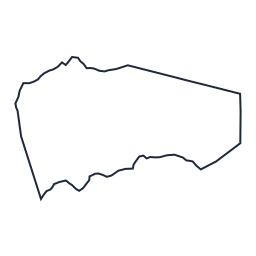 the district of Serrinha, Rio Grande do Norte, Brazil
{"feature_id": "56859067B56101183977700", "entity_name": "Serrinha", "entity_type": "district", "adm_level": 2, "iso_a3": "BRA", "parent_name": "Brazil", "parent_adm1": "Rio Grande do Norte", "projection": "orthographic", "projection_center": [-35.59, -6.26], "detail": "fine", "context": "isolated", "style": "outline", "palette": "slate", "viewbox_px": 256, "rotation_deg": 0, "n_neighbors": 0, "source": "geoboundaries", "source_scale": "gbopen_adm2", "svg_char_len": 998}
<svg xmlns="http://www.w3.org/2000/svg" viewBox="0 0 256 256"><path d="M23.4,83.1L19.7,90.6L18.4,96.9L15.4,103.5L16.1,107.3L17.6,110.9L21.1,136.4L41.0,199.0L43.3,195.3L46.5,191.1L50.4,189.5L52.5,187.0L54.1,184.1L59.3,182.0L65.9,180.5L68.8,182.9L72.2,185.2L75.9,188.9L79.1,190.8L82.9,188.3L85.7,184.7L89.2,180.2L89.6,176.4L95.1,173.8L98.4,173.5L103.0,175.0L106.8,176.8L111.3,175.6L118.4,170.7L125.4,168.9L132.8,168.6L133.7,164.4L136.0,161.0L139.3,156.5L143.4,155.6L146.6,158.4L150.4,157.0L155.3,157.4L160.0,157.2L163.7,156.1L167.5,155.2L174.6,154.7L183.0,157.6L186.2,160.3L192.6,161.4L196.7,166.0L200.8,169.4L216.2,161.4L240.3,143.2L240.6,111.3L240.1,93.8L203.4,84.5L189.6,81.1L175.0,77.3L170.7,76.2L127.8,65.3L116.3,69.0L108.2,70.3L104.7,71.4L99.4,70.8L94.0,68.5L90.2,68.0L86.6,68.2L83.7,64.0L80.4,61.3L78.0,57.8L72.1,57.0L68.0,62.4L65.7,65.0L62.0,62.4L57.9,66.7L53.3,69.4L49.3,70.6L44.3,73.2L40.6,76.2L38.0,79.4L34.1,81.5L29.3,83.2L23.4,83.1Z" fill="none" stroke="#1e293b" stroke-width="2"/></svg>